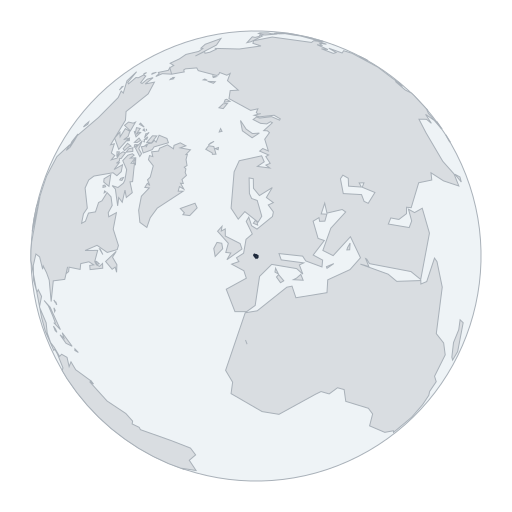 Haute-Marne highlighted on a globe, orthographic projection, rotated 333°
{"feature_id": "FRA-5300", "entity_name": "Haute-Marne", "entity_type": "Metropolitan department", "adm_level": 1, "iso_a3": "FRA", "parent_name": "France", "parent_adm1": "", "projection": "orthographic", "projection_center": [5.241, 48.141], "detail": "fine", "context": "on_globe", "style": "filled", "palette": "slate", "viewbox_px": 512, "rotation_deg": 333, "n_neighbors": 0, "source": "natural_earth", "source_scale": "10m", "svg_char_len": 11256}
<svg xmlns="http://www.w3.org/2000/svg" viewBox="0 0 512 512"><g transform="rotate(333 256 256)"><circle cx="256" cy="256" r="225" fill="#eef3f6" stroke="#a8b0b8"/><path d="M31.9,279.3L31.8,277.5L31.3,270.0L33.2,268.1L34.6,253.3L34.4,247.7L33.0,248.3L34.1,227.5L37.0,213.6L53.4,157.6L58.0,148.9L62.4,141.7L90.2,105.4L67.8,132.4L74.4,122.9L83.8,111.1L83.6,111.8L96.8,98.4L105.7,89.7L123.7,77.1L140.8,72.2L134.9,75.8L139.7,74.7L147.4,70.2L151.4,67.6L178.5,61.1L205.1,52.3L210.8,47.8L211.7,50.6L220.6,41.3L233.3,37.6L220.6,43.1L220.6,44.7L230.1,42.5L232.1,43.8L237.9,43.7L239.5,45.6L231.9,49.2L232.8,50.6L239.5,49.1L245.3,50.4L235.4,52.4L244.4,55.0L233.5,62.6L205.8,68.3L201.3,75.8L176.9,90.9L180.7,91.7L173.9,98.6L175.8,102.4L170.7,104.6L176.6,105.7L180.9,103.1L184.9,102.8L186.4,104.9L180.2,107.9L178.5,107.3L177.5,109.3L173.8,109.9L176.5,110.8L168.8,114.5L178.5,114.1L174.2,119.7L168.5,121.3L166.4,116.9L147.9,111.2L141.5,112.3L134.6,117.8L127.4,136.8L121.4,140.1L115.4,147.7L119.8,147.6L126.2,141.7L133.0,143.8L140.0,136.9L143.8,136.9L152.1,131.9L153.7,137.4L150.8,145.7L144.0,150.3L142.6,154.2L151.3,154.0L141.0,167.2L138.2,184.2L135.2,187.3L125.1,185.3L119.2,174.3L106.2,173.5L117.5,179.1L109.8,187.7L109.8,191.4L111.9,194.2L115.9,193.0L113.9,197.3L102.0,192.8L103.6,188.9L107.4,190.2L104.5,185.3L96.4,183.2L93.2,188.1L84.4,181.1L82.0,184.8L78.7,185.6L83.2,180.1L75.0,190.0L64.1,186.1L52.8,203.6L60.8,183.6L61.8,175.8L61.9,168.2L59.9,170.9L62.8,158.5L60.8,154.3L53.2,163.4L46.8,176.8L44.3,189.0L46.7,187.1L46.6,194.6L39.9,203.1L38.7,220.2L35.0,229.8L33.7,239.9L34.8,245.9L35.4,256.3L38.2,255.3L41.6,260.5L39.3,269.7L43.1,266.3L43.7,275.5L52.1,292.1L50.8,292.9L57.5,317.7L68.5,337.2L71.1,347.1L69.4,349.4L74.1,355.6L74.2,358.3L96.3,381.6L110.4,397.4L111.9,405.8L103.8,407.7L105.2,419.9L93.0,411.1L95.2,413.7L83.8,401.3L73.5,388.1L64.1,374.1L55.9,359.4L48.7,344.2L42.7,328.5L37.9,312.4L34.3,296.0L31.9,279.3ZM49.3,208.1L48.3,232.8L45.7,224.2L46.8,224.6L47.7,217.1L48.4,206.1L47.0,199.4L49.3,208.1ZM56.0,206.9L55.9,203.3L56.4,206.1L56.0,206.9ZM152.8,66.4L147.4,70.0L139.6,73.8L143.9,70.5L152.8,66.4ZM167.9,60.5L165.9,62.3L160.8,62.7L163.5,61.5L167.9,60.5ZM214.4,44.5L209.6,46.1L213.5,44.2L214.4,44.5ZM238.4,43.3L239.1,42.6L241.8,42.9L238.4,43.3ZM150.6,129.3L151.3,130.6L149.4,130.8L150.6,129.3ZM153.5,126.0L150.8,125.4L151.8,123.7L153.5,124.2L153.5,126.0ZM246.7,46.2L250.7,47.1L245.3,46.7L246.7,46.2ZM156.6,127.2L153.9,121.0L155.7,118.2L163.5,117.6L156.6,127.2ZM252.3,48.1L262.2,50.8L264.7,49.1L263.4,55.7L255.3,51.0L248.2,50.6L252.4,49.6L252.3,48.1ZM181.6,101.3L177.1,104.3L179.5,100.0L181.6,101.3ZM182.1,98.7L183.6,86.7L191.0,83.8L189.0,88.2L197.4,83.2L200.2,87.6L196.3,91.4L190.9,92.3L196.1,93.3L182.1,98.7ZM261.1,59.2L262.4,60.5L259.6,59.8L261.1,59.2ZM186.7,102.4L186.3,100.1L192.7,97.3L194.5,101.4L191.9,101.0L186.7,102.4ZM198.2,79.9L203.2,78.8L206.9,81.9L209.4,82.0L200.9,87.5L198.2,79.9ZM191.2,102.7L195.3,103.6L193.7,106.9L187.4,104.5L191.2,102.7ZM193.5,94.9L196.6,93.9L195.5,95.7L193.5,94.9ZM190.2,119.7L189.6,116.7L192.9,114.9L190.2,119.7ZM196.9,103.8L197.5,102.7L198.7,101.7L201.0,103.1L196.9,103.8ZM204.1,89.5L204.6,91.2L207.8,87.4L210.7,89.8L204.5,93.2L208.4,92.8L209.3,93.6L203.2,95.4L204.1,89.5ZM207.0,101.7L200.2,107.2L200.5,112.9L197.6,114.6L197.6,105.1L207.0,101.7ZM205.3,97.8L205.7,100.5L201.9,101.0L199.3,99.5L205.3,97.8ZM214.9,90.4L212.0,85.7L213.5,85.2L214.9,90.4ZM207.9,103.2L209.5,101.9L208.3,103.6L207.9,103.2ZM213.6,94.2L212.4,92.5L214.0,91.9L213.6,94.2ZM213.8,100.7L211.6,102.4L209.7,101.4L213.8,100.7ZM214.3,97.6L216.9,97.3L210.4,100.0L213.5,97.0L214.3,97.6ZM215.4,93.9L216.0,93.0L215.6,94.7L215.4,93.9ZM222.1,104.0L214.3,107.7L210.2,105.2L218.3,101.9L222.1,104.0ZM475.3,204.6L474.7,201.9L474.4,207.3L477.8,220.4L478.3,219.3L479.5,227.5L479.0,225.0L478.9,226.6L476.4,216.1L471.4,206.8L472.5,217.4L470.0,211.6L463.3,208.1L463.4,223.4L465.4,256.4L469.7,272.8L468.5,285.7L457.2,274.2L449.7,261.3L447.1,268.1L434.2,264.6L416.2,283.4L412.3,280.9L409.3,286.6L399.9,288.3L393.4,283.3L388.4,287.6L405.4,300.2L410.6,295.5L413.1,283.5L417.0,289.3L425.8,288.9L420.9,314.4L392.1,351.7L387.0,340.2L353.6,314.3L353.3,309.3L353.1,308.8L352.5,308.0L351.8,316.6L345.3,310.6L365.5,332.2L369.9,342.5L391.7,352.7L390.2,355.8L396.5,356.3L414.1,338.9L414.7,343.2L407.8,368.3L381.4,407.0L383.7,418.7L379.7,430.0L360.5,444.2L359.5,449.8L349.2,455.5L346.7,458.6L336.9,464.1L321.6,470.3L298.4,475.6L299.1,474.1L290.7,471.6L280.1,458.9L288.2,449.7L287.0,442.7L270.0,426.3L273.9,415.0L268.8,410.4L258.6,412.1L252.4,406.3L246.0,406.2L204.6,407.5L190.8,397.4L171.3,367.3L177.9,357.8L177.0,344.1L220.6,301.7L232.2,305.4L269.3,297.8L274.4,299.2L272.6,311.3L302.6,320.9L309.1,309.8L333.6,310.8L348.3,305.0L348.9,281.7L324.9,290.7L318.1,281.4L335.3,265.2L355.9,257.5L353.9,253.7L338.7,250.0L341.2,240.1L333.2,248.1L338.1,250.9L333.2,256.2L328.4,254.0L329.5,250.4L322.7,250.9L319.3,268.5L323.9,273.2L307.4,281.1L313.5,289.9L309.8,295.7L298.1,283.0L297.5,277.3L277.6,264.3L276.7,270.9L295.4,283.8L290.6,283.6L289.5,293.4L286.5,285.7L266.2,270.6L249.9,275.8L232.8,299.7L222.4,301.3L212.0,296.0L214.4,272.1L237.3,271.4L238.5,263.6L230.6,252.2L238.2,253.2L237.8,248.7L246.2,247.9L254.7,236.6L262.7,234.7L263.0,220.7L267.2,218.1L265.8,227.0L269.1,232.5L288.6,228.3L291.5,224.6L290.1,216.1L295.7,216.3L291.8,208.6L301.6,202.4L286.5,203.7L284.5,194.5L288.7,185.9L285.3,183.3L278.5,197.3L278.2,202.8L282.3,207.1L279.2,223.2L273.2,226.8L266.2,211.4L256.9,215.1L255.5,202.1L274.7,171.1L284.3,163.5L306.5,169.3L306.1,175.8L297.9,176.8L308.3,183.9L306.1,179.5L310.7,179.9L309.9,171.8L313.1,171.7L306.9,164.2L310.8,163.3L314.7,168.0L316.8,155.9L324.0,152.2L323.0,149.6L319.8,147.8L331.1,144.7L329.8,142.9L325.6,143.2L320.3,139.9L315.4,133.1L319.6,132.4L321.9,134.8L333.1,138.9L338.7,145.7L339.9,144.8L336.0,138.8L322.4,133.6L318.3,129.8L324.9,131.3L322.1,130.4L321.4,128.3L324.5,125.7L317.3,123.8L303.4,103.5L308.1,96.9L315.5,100.2L310.2,86.8L315.9,81.6L312.1,81.7L306.9,76.0L305.0,77.5L302.8,77.2L288.7,64.6L288.6,61.5L278.1,57.2L276.1,57.4L275.6,59.4L263.4,55.7L264.7,49.1L269.2,48.9L267.0,45.3L277.4,45.6L285.1,44.6L297.8,47.7L302.8,47.0L301.3,45.8L306.9,44.3L323.5,46.3L316.5,50.1L292.8,50.3L303.0,50.4L302.6,52.2L307.4,53.5L314.5,53.7L314.1,52.6L335.1,64.0L355.8,71.1L349.8,65.1L351.6,63.1L369.9,68.3L402.4,90.9L405.2,90.4L409.1,93.1L414.9,99.3L409.4,95.4L410.3,98.3L406.3,95.4L413.8,104.7L408.4,101.1L416.9,110.6L419.8,111.1L415.2,103.9L424.9,114.2L427.3,112.9L433.7,119.1L450.4,143.2L458.1,159.3L459.8,162.5L459.7,164.6L464.4,176.0L468.5,181.4L469.6,184.5L475.3,204.6ZM208.5,326.1L208.0,330.4L208.0,330.5L208.5,326.1ZM379.9,260.0L390.8,253.4L381.9,243.0L385.4,239.8L381.1,237.7L381.2,242.4L370.2,235.8L373.5,228.6L370.1,223.4L366.3,225.5L362.1,240.0L377.9,249.2L377.1,256.4L379.9,260.0ZM52.4,292.5L53.1,296.3L51.5,293.7L52.4,292.5ZM43.7,226.5L44.2,230.3L44.0,233.6L43.2,231.3L43.7,226.5ZM52.5,256.5L53.9,261.3L51.7,257.9L52.5,256.5ZM48.5,236.4L51.2,253.0L47.1,247.5L45.6,237.2L47.6,242.1L48.5,236.4ZM52.4,210.4L52.4,213.3L51.3,214.2L52.4,210.4ZM56.4,209.0L56.1,208.2L56.8,205.8L56.4,209.0ZM110.6,187.9L111.5,188.4L112.8,191.8L110.7,191.4L110.6,187.9ZM128.1,200.6L124.4,207.2L125.5,202.0L121.8,202.5L119.5,192.6L133.6,188.4L127.6,191.9L128.1,200.6ZM120.3,178.9L120.2,185.2L119.8,178.5L120.3,178.9ZM227.4,226.2L231.3,229.1L229.6,234.4L219.4,237.9L221.8,230.1L227.4,226.2ZM237.1,232.1L233.0,216.5L239.2,214.1L236.4,218.0L240.9,217.9L237.7,224.3L247.5,237.7L246.7,243.4L228.4,246.1L234.9,241.9L230.7,239.1L237.1,232.1ZM211.8,185.0L210.1,179.3L225.6,181.3L225.4,186.4L215.3,189.9L209.6,186.0L211.8,185.0ZM170.8,127.8L169.1,126.3L170.8,125.4L173.7,125.9L170.8,127.8ZM189.7,118.4L179.8,133.7L177.4,132.7L174.5,143.4L167.0,145.0L169.2,137.8L161.2,147.4L160.2,141.6L155.5,148.5L161.1,132.5L159.8,128.0L164.1,132.3L170.9,130.9L173.5,129.0L180.0,120.3L180.6,110.5L187.6,108.0L192.3,108.8L193.2,110.8L188.4,111.7L193.0,113.7L186.8,116.6L189.7,118.4ZM243.5,126.0L237.5,125.2L245.8,131.6L239.6,133.8L240.9,134.4L237.5,138.2L235.6,144.1L232.4,144.3L233.1,146.6L230.8,149.4L230.6,152.6L224.8,154.2L224.1,158.4L221.8,156.9L222.1,163.7L219.3,159.4L216.1,162.9L220.5,165.2L189.8,168.5L179.1,173.9L171.7,181.0L167.8,173.3L172.2,162.0L181.0,150.7L191.8,146.9L188.1,144.4L192.2,141.9L193.4,144.9L193.9,138.9L197.6,137.7L205.4,129.0L203.9,121.4L206.7,118.2L209.2,120.6L210.3,115.8L216.8,118.3L219.0,116.2L227.6,116.8L231.1,123.0L233.2,120.2L239.9,120.8L243.5,126.0ZM224.5,104.4L230.0,110.8L229.4,115.3L214.7,112.5L211.8,114.1L202.3,113.0L203.5,106.6L206.1,107.5L208.9,106.9L207.4,109.1L210.7,106.9L214.3,108.1L217.9,106.8L218.7,109.2L224.5,104.4ZM278.6,294.1L282.2,294.1L287.6,292.7L287.0,299.0L278.6,294.1ZM264.7,284.0L267.7,282.9L269.5,290.7L265.7,290.9L264.7,284.0ZM267.9,275.8L267.8,282.2L265.6,278.9L267.9,275.8ZM268.5,225.6L271.6,224.0L272.5,225.9L271.5,229.2L268.5,225.6ZM266.6,147.1L263.3,145.6L263.8,144.3L259.7,138.1L263.9,136.3L268.1,139.3L266.6,147.1ZM345.7,287.2L342.3,293.0L339.7,291.8L341.4,290.1L345.7,287.2ZM313.9,297.5L321.9,298.1L313.7,299.2L313.9,297.5ZM270.5,144.1L268.3,141.7L271.8,142.3L270.5,144.1ZM266.8,134.7L270.7,134.8L264.0,135.4L266.8,134.7ZM410.3,409.5L392.3,432.7L383.9,438.0L384.6,435.0L392.7,422.8L403.2,413.7L408.9,405.5L410.3,409.5ZM480.9,243.0L480.3,241.5L480.2,235.7L480.2,234.1L480.9,243.0ZM470.3,273.4L473.6,278.2L472.5,283.3L470.3,273.4ZM462.0,166.5L463.8,171.4L462.8,169.5L459.8,162.2L462.0,166.5ZM438.7,124.7L442.8,130.1L444.6,132.8L443.4,131.2L438.7,124.7ZM303.7,128.2L304.8,138.4L308.4,145.3L314.8,148.0L306.2,148.9L300.7,138.3L303.7,128.2ZM303.0,106.4L297.4,104.6L299.4,102.8L301.0,103.0L303.0,106.4ZM299.9,107.1L293.7,109.8L290.3,107.1L295.8,105.5L299.9,107.1ZM282.3,126.4L282.3,129.5L279.5,128.8L282.3,126.4ZM405.8,88.3L403.7,86.8L400.1,83.5L402.6,85.4L405.8,88.3ZM386.2,72.4L398.4,82.2L407.8,90.8L407.1,89.7L413.3,95.1L411.8,94.7L401.9,85.9L395.5,80.1L390.2,76.5L382.9,71.1L377.8,68.7L373.2,65.9L375.9,66.5L386.2,72.4ZM375.8,67.9L364.1,63.1L359.3,58.9L360.8,59.0L368.2,62.8L370.3,64.8L375.8,67.9ZM359.9,60.9L361.8,62.9L348.8,62.8L344.8,61.8L352.2,59.0L354.4,60.8L358.5,61.8L359.9,60.9ZM264.3,59.8L262.5,60.5L262.8,59.1L264.3,59.8ZM301.9,78.2L298.9,77.6L299.2,75.9L301.9,78.2ZM290.7,75.0L292.4,77.4L288.9,75.1L290.7,75.0ZM296.5,82.8L292.2,78.4L298.8,82.2L296.5,82.8Z" fill="#d9dde1" stroke="#a8b0b8" stroke-width="1"/><path d="M255.0,253.8L255.4,253.8L255.4,254.0L255.5,254.1L255.7,254.3L255.9,254.4L256.1,254.5L256.3,254.6L256.6,254.9L256.5,255.0L256.5,255.3L256.6,255.2L256.8,255.2L256.8,255.3L257.0,255.4L257.1,255.5L257.3,255.8L257.2,255.8L257.2,256.0L257.2,256.3L257.3,256.4L257.4,256.5L257.5,256.5L257.7,256.8L257.6,257.0L257.3,257.3L257.2,257.3L257.2,257.5L257.2,257.8L256.9,257.9L256.7,257.8L256.4,257.9L256.4,258.1L256.2,258.1L255.9,258.0L255.9,257.9L255.7,257.9L255.5,257.7L255.4,257.7L255.4,257.8L255.3,257.7L255.2,257.6L255.2,257.4L255.3,257.4L255.3,257.2L255.2,257.1L255.1,256.9L255.0,257.0L255.0,256.9L255.0,256.7L254.9,256.7L254.7,256.5L254.6,256.4L254.6,256.2L254.9,256.1L255.0,256.0L255.0,255.9L255.0,255.4L254.9,255.4L254.9,255.2L254.7,255.0L254.5,254.8L254.4,254.8L254.4,254.7L254.5,254.6L254.8,254.4L254.8,254.2L255.0,254.1L254.8,254.0L254.9,253.9L255.0,253.8Z" fill="#64748b" stroke="#1e293b" stroke-width="1.5"/></g></svg>